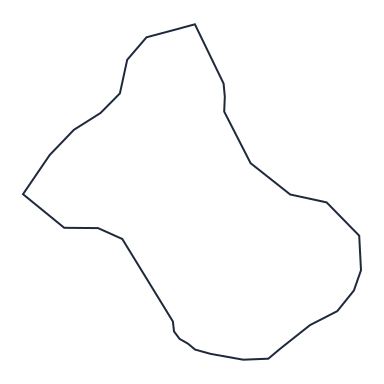 the District of Kiboga
{"feature_id": "UGA-3089", "entity_name": "Kiboga", "entity_type": "District", "adm_level": 1, "iso_a3": "UGA", "parent_name": "Uganda", "parent_adm1": "", "projection": "natural_earth1", "projection_center": [31.973, 0.869], "detail": "fine", "context": "isolated", "style": "outline", "palette": "slate", "viewbox_px": 384, "rotation_deg": 0, "n_neighbors": 0, "source": "natural_earth", "source_scale": "10m", "svg_char_len": 500}
<svg xmlns="http://www.w3.org/2000/svg" viewBox="0 0 384 384"><path d="M337.3,311.1L310.0,325.1L280.1,348.8L268.3,358.7L243.2,359.7L210.7,353.9L195.1,349.6L188.0,343.7L179.6,338.9L174.0,331.4L172.9,321.5L122.3,239.0L98.0,228.1L64.2,227.8L23.0,194.2L49.7,155.0L73.9,129.8L100.5,113.0L119.9,93.4L127.2,59.8L146.5,37.3L194.9,24.3L223.6,83.6L224.8,96.7L224.2,111.6L250.6,163.2L290.2,194.5L326.6,202.4L359.2,235.7L361.0,270.2L353.9,290.5L337.3,311.1Z" fill="none" stroke="#1e293b" stroke-width="2"/></svg>